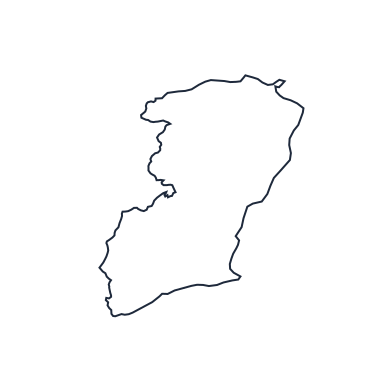 outline of Tuaran, Sabah, Malaysia, rotated 44°
{"feature_id": "92858781B39347348981518", "entity_name": "Tuaran", "entity_type": "district", "adm_level": 2, "iso_a3": "MYS", "parent_name": "Malaysia", "parent_adm1": "Sabah", "projection": "robinson", "projection_center": [116.289, 6.066], "detail": "fine", "context": "isolated", "style": "outline", "palette": "slate", "viewbox_px": 384, "rotation_deg": 44, "n_neighbors": 0, "source": "geoboundaries", "source_scale": "gbopen_adm2", "svg_char_len": 2624}
<svg xmlns="http://www.w3.org/2000/svg" viewBox="0 0 384 384"><g transform="rotate(44 192 192)"><path d="M245.3,282.3L247.9,274.9L256.8,259.9L260.1,255.2L264.5,251.2L269.5,247.9L274.6,241.5L277.5,235.2L282.5,227.5L286.1,222.8L285.5,219.1L278.1,221.1L272.8,220.8L269.2,217.5L266.6,212.5L264.5,207.8L263.0,201.8L261.8,198.1L259.5,194.1L254.1,193.4L252.1,182.8L247.3,175.1L242.0,164.1L243.8,158.1L248.8,150.4L247.6,141.1L244.1,133.1L241.1,125.0L240.8,114.7L240.2,101.0L236.1,95.3L229.3,90.7L225.1,85.7L222.5,77.0L221.9,70.0L216.6,58.0L214.0,54.3L206.0,55.2L199.2,57.5L192.6,60.9L188.0,61.6L182.9,61.3L178.6,58.1L180.6,57.1L181.3,56.6L181.8,56.1L181.7,56.0L181.9,53.0L181.7,48.0L176.9,50.6L176.0,54.7L175.4,58.3L172.2,62.3L166.6,64.3L160.9,65.0L156.2,67.3L149.4,71.0L149.7,74.3L150.0,78.7L147.3,82.0L143.2,86.3L138.2,89.7L127.8,98.4L124.9,103.4L122.5,110.0L120.4,118.4L116.9,124.0L112.4,129.0L109.2,133.1L105.6,137.7L105.3,141.1L105.3,145.4L100.9,150.1L102.3,151.7L101.9,154.0L99.6,155.3L97.9,158.1L97.9,159.8L99.0,162.1L101.1,163.6L102.5,166.6L101.9,172.0L104.0,173.7L108.7,172.0L110.4,170.7L113.2,170.2L115.7,168.5L117.0,166.8L118.5,165.1L121.6,160.6L123.8,159.8L126.5,158.5L129.0,158.1L127.3,161.5L127.4,163.4L129.0,166.0L129.5,169.2L128.4,173.5L129.0,177.1L132.7,178.6L135.4,178.2L137.1,179.4L137.5,182.0L139.0,182.8L140.1,184.1L140.1,187.3L138.6,189.7L138.2,194.0L139.2,197.2L141.5,198.4L141.5,200.8L142.6,203.6L143.7,204.6L145.8,206.8L149.2,207.4L151.3,207.0L153.8,206.3L156.0,206.8L158.3,208.1L159.8,206.6L161.0,205.1L163.4,203.4L163.4,206.1L164.6,207.0L166.8,206.8L169.1,204.6L170.2,203.1L171.6,201.6L173.1,200.8L176.3,202.1L180.3,203.6L179.3,205.7L180.3,208.7L179.3,210.0L178.4,212.5L176.5,211.3L175.9,213.8L174.2,213.2L174.0,211.0L173.5,209.8L172.1,212.8L171.4,216.6L170.8,220.4L170.8,224.5L172.1,227.5L172.7,230.1L170.6,233.3L171.7,236.2L170.6,239.2L168.0,240.7L165.1,241.6L163.4,241.6L161.3,243.7L160.6,246.9L159.4,250.1L157.7,252.3L155.7,254.4L156.6,256.3L158.3,257.8L159.8,260.6L161.5,264.7L163.6,268.5L163.6,272.8L164.7,275.1L166.4,277.1L166.4,280.0L165.7,284.1L165.1,286.7L165.9,288.2L168.2,289.2L169.9,290.3L172.3,292.2L173.6,294.4L175.2,297.8L176.1,300.6L177.2,304.4L178.0,310.7L183.1,311.2L186.1,310.6L189.5,312.1L192.4,312.1L195.0,311.7L195.4,314.2L196.4,316.4L198.1,317.4L198.8,318.3L203.2,321.3L205.6,322.6L206.6,323.6L206.2,326.2L203.9,327.7L205.1,329.6L208.3,329.6L210.0,332.2L213.0,333.0L215.9,333.0L218.7,335.6L221.4,336.0L223.1,334.7L226.1,328.8L228.9,327.0L231.4,323.8L233.1,320.0L239.9,298.8L241.1,289.7L241.2,286.0L243.9,283.5L245.3,282.3Z" fill="none" stroke="#1e293b" stroke-width="2"/></g></svg>